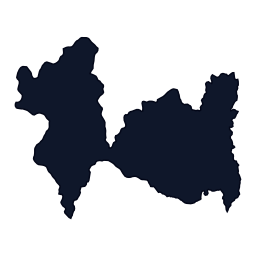 the district of Caraí, Minas Gerais, Brazil
{"feature_id": "56859067B4076294409076", "entity_name": "Caraí", "entity_type": "district", "adm_level": 2, "iso_a3": "BRA", "parent_name": "Brazil", "parent_adm1": "Minas Gerais", "projection": "robinson", "projection_center": [-41.587, -17.164], "detail": "fine", "context": "isolated", "style": "filled", "palette": "ink", "viewbox_px": 256, "rotation_deg": 0, "n_neighbors": 0, "source": "geoboundaries", "source_scale": "gbopen_adm2", "svg_char_len": 5799}
<svg xmlns="http://www.w3.org/2000/svg" viewBox="0 0 256 256"><path d="M16.1,102.4L15.4,104.0L15.4,106.0L16.4,107.8L17.6,108.2L21.4,108.8L22.8,108.8L26.3,109.9L27.9,110.6L32.7,114.5L34.2,114.9L36.6,113.5L38.3,113.0L40.1,112.9L43.6,114.1L45.0,115.2L46.7,118.0L47.6,119.0L48.7,119.9L49.6,121.0L49.3,122.9L49.4,127.2L49.0,128.6L48.0,130.2L46.6,131.3L45.5,134.1L44.3,135.9L43.0,139.0L42.2,140.3L40.9,141.4L39.8,142.9L36.8,145.0L35.0,148.2L34.8,149.7L34.8,152.8L34.5,155.6L33.8,157.2L33.6,158.9L34.3,160.5L35.2,161.7L37.3,163.8L38.6,164.5L42.5,165.0L44.1,165.4L45.7,166.1L46.8,167.1L48.2,170.5L49.0,171.8L51.0,173.6L52.7,176.5L55.4,179.5L56.2,181.2L57.1,182.5L59.6,185.2L60.2,186.8L59.1,189.8L59.4,191.7L58.9,193.9L60.3,194.3L62.1,194.4L63.0,196.2L62.8,198.0L62.4,199.3L61.0,202.2L61.4,203.5L63.0,206.0L65.2,207.6L65.8,208.9L65.4,210.2L64.6,211.4L64.9,212.9L69.1,217.4L70.8,218.3L71.4,216.6L72.2,215.3L72.4,214.0L73.4,211.2L74.2,210.2L74.5,208.5L74.2,206.3L73.1,204.9L73.0,203.1L73.4,201.5L74.3,200.1L75.9,199.9L77.2,198.9L77.7,197.7L79.2,195.4L80.3,192.6L79.8,190.8L80.9,186.8L84.8,186.2L86.1,184.6L86.6,182.0L88.1,181.7L88.8,180.3L90.1,172.2L89.1,170.8L88.9,169.4L90.9,166.0L92.6,164.9L94.6,164.3L95.4,163.1L96.0,161.6L97.4,160.8L99.7,160.4L102.1,160.8L103.6,160.2L105.1,160.2L108.5,160.4L111.8,162.3L113.7,163.6L116.2,166.3L119.2,168.2L120.6,169.3L122.8,173.1L125.0,176.1L127.0,177.1L129.0,177.3L130.8,177.1L132.4,176.5L135.1,176.2L136.8,176.6L138.7,177.6L141.2,179.3L142.4,179.5L143.6,179.5L146.9,179.9L148.2,181.0L148.9,182.9L150.1,184.7L150.7,186.4L152.4,186.6L153.7,186.4L155.0,187.7L158.5,192.3L159.9,192.0L161.5,192.6L162.4,193.7L164.0,194.0L165.9,195.1L167.1,196.5L168.4,196.2L169.4,195.6L170.3,196.6L171.6,196.5L173.0,197.0L174.3,197.0L175.8,197.8L177.8,197.8L179.5,198.8L180.7,199.9L181.9,200.3L183.1,201.5L185.1,202.9L186.8,203.3L190.7,203.6L192.7,203.2L194.5,202.6L195.7,201.4L197.4,200.9L198.6,200.1L199.7,199.8L200.9,198.9L200.7,197.2L201.2,193.3L202.0,191.3L204.1,190.7L204.8,192.2L204.1,193.7L205.3,195.2L207.1,194.8L208.0,193.1L207.5,191.8L207.4,190.2L208.5,189.4L209.8,189.9L211.0,190.1L212.1,191.0L214.0,191.0L217.3,190.0L218.8,190.1L220.4,189.4L223.4,193.3L224.1,195.3L222.9,197.0L222.7,198.7L223.9,199.2L223.9,203.0L224.8,204.5L225.9,205.8L226.3,209.8L227.2,211.6L227.9,210.3L228.5,208.1L229.5,206.7L230.7,205.5L230.8,203.0L232.1,201.7L234.3,200.2L235.1,198.3L236.9,197.8L237.9,196.9L238.5,195.4L239.5,194.2L239.2,192.7L238.4,191.0L239.4,187.2L239.5,185.0L240.0,183.0L239.9,181.0L240.6,179.3L239.5,176.0L238.9,174.6L237.9,173.2L238.3,171.2L237.6,166.6L238.6,165.1L236.8,163.0L236.3,161.2L235.0,161.0L233.6,160.2L233.2,158.1L233.4,156.1L233.1,154.5L231.9,153.7L230.8,152.2L231.3,150.5L231.7,148.5L233.6,148.0L234.6,147.1L233.8,146.0L232.4,145.7L232.5,144.0L232.2,142.0L231.6,140.4L230.3,138.4L230.3,136.2L232.0,134.4L232.2,132.2L229.6,129.4L229.6,127.2L231.7,127.2L232.9,126.3L232.5,124.9L233.0,123.2L232.4,121.5L231.5,120.5L232.0,119.3L233.1,118.2L234.6,118.0L235.7,116.1L236.4,114.1L237.3,113.1L238.0,111.5L236.0,110.9L234.9,109.8L233.1,109.5L232.0,110.4L230.8,110.7L230.7,108.8L232.0,107.5L232.6,105.6L234.6,101.9L235.5,100.9L236.7,100.2L237.1,97.7L237.2,95.7L236.6,94.4L236.3,91.0L237.1,89.7L237.6,88.3L237.3,86.4L238.2,85.1L238.2,83.2L238.1,81.2L237.7,79.4L236.1,79.8L234.6,78.8L233.8,72.7L232.5,72.8L231.0,73.8L228.6,75.8L227.3,75.6L226.6,74.4L225.1,74.2L223.7,73.7L222.6,73.6L221.1,74.1L220.1,75.5L219.0,76.9L217.0,77.5L212.4,74.9L211.3,76.4L211.0,78.3L212.0,81.7L211.7,83.5L210.1,83.0L208.4,81.8L206.6,82.4L205.7,83.9L206.4,87.2L205.9,90.2L206.4,91.8L206.3,93.2L204.8,94.1L204.0,96.0L203.8,97.9L202.4,98.9L201.6,100.3L202.1,101.7L202.7,103.1L202.7,104.6L201.2,106.0L200.4,107.5L200.8,108.8L200.6,110.3L199.3,110.9L197.9,110.3L195.9,110.7L192.0,109.8L191.2,108.4L191.1,107.0L190.3,105.9L189.0,105.3L187.7,104.3L185.6,104.4L184.4,104.7L183.0,103.9L181.8,103.0L181.1,101.7L180.7,100.2L179.6,98.5L179.0,94.8L178.4,93.2L178.1,91.8L177.1,89.8L173.7,89.0L172.3,89.3L170.7,90.2L167.7,92.3L164.8,95.3L163.1,96.7L157.6,99.7L157.4,101.7L155.6,102.6L154.1,101.9L152.2,101.4L149.8,101.3L148.3,101.6L147.0,102.4L143.8,101.4L142.6,101.7L142.1,103.2L142.9,107.4L142.9,109.1L142.7,110.9L141.4,111.4L139.9,110.2L138.3,109.6L136.6,109.6L132.2,111.3L130.5,111.7L129.1,112.5L128.3,114.2L127.0,115.0L125.8,114.7L124.6,115.6L124.1,117.4L124.3,120.4L125.7,124.0L125.9,125.7L125.2,127.5L123.6,128.2L122.1,128.6L121.2,129.6L120.2,132.5L119.4,133.5L117.4,135.3L115.8,135.7L115.2,137.3L116.1,141.5L114.9,142.0L113.7,142.8L113.0,144.4L112.4,146.5L111.0,148.0L109.2,147.9L108.7,144.7L107.5,143.1L106.0,141.7L105.0,139.9L105.8,137.7L105.5,135.7L105.4,133.8L105.6,130.8L105.3,128.6L104.7,126.6L104.9,122.5L104.3,120.9L103.4,119.3L101.4,116.0L101.0,114.6L101.0,113.2L101.3,111.8L102.3,109.1L101.9,107.7L100.6,106.7L97.7,102.4L97.1,100.5L97.9,98.9L99.7,96.1L102.8,93.6L103.5,92.2L102.6,88.9L103.4,86.7L103.3,85.1L101.1,83.1L99.8,81.2L98.1,80.4L97.4,79.3L96.9,77.9L95.9,76.3L93.7,75.1L90.0,73.6L90.8,71.5L92.9,68.4L93.0,64.8L93.8,60.9L94.1,57.0L94.4,55.4L95.2,53.5L96.6,52.4L97.7,50.5L97.9,48.3L96.2,46.9L94.7,45.1L91.4,42.2L88.6,38.6L86.7,37.8L81.7,37.7L80.5,38.2L78.4,40.2L76.9,40.9L75.5,42.3L73.8,44.9L73.0,45.9L71.8,46.9L69.9,47.2L68.2,47.1L66.3,47.5L63.4,48.8L63.7,52.3L63.6,53.8L62.7,55.5L60.9,56.6L60.0,58.2L59.6,59.6L59.0,60.8L57.4,62.4L55.6,63.5L53.7,64.2L52.3,64.0L50.9,63.4L46.8,62.1L45.1,62.7L42.5,65.7L41.1,68.9L40.2,69.9L39.5,71.6L38.1,77.4L36.2,78.4L34.7,78.6L33.5,78.5L32.5,77.4L31.5,75.4L31.3,73.9L30.8,72.4L26.6,66.9L22.9,66.6L21.4,67.2L20.5,68.0L19.4,69.5L17.8,73.0L16.8,77.4L17.4,78.8L18.7,80.0L19.4,81.5L19.4,83.5L18.4,87.3L18.0,89.2L18.5,90.6L22.3,94.8L22.4,96.5L22.1,98.1L21.5,99.6L20.8,100.7L19.6,101.8L18.0,102.4L16.1,102.4Z" fill="#0f172a" stroke="#020617" stroke-width="1.5"/></svg>